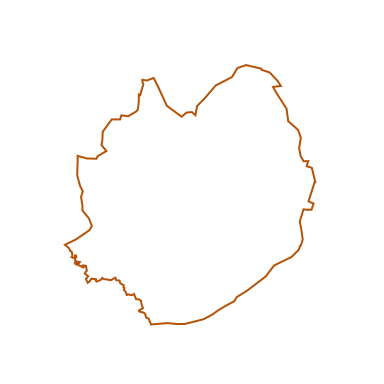 outline of Belleh, Gbapolu, Liberia, rotated 108°
{"feature_id": "62588387B94232483093280", "entity_name": "Belleh", "entity_type": "district", "adm_level": 2, "iso_a3": "LBR", "parent_name": "Liberia", "parent_adm1": "Gbapolu", "projection": "equal_earth", "projection_center": [-9.866, 7.529], "detail": "fine", "context": "isolated", "style": "outline", "palette": "amber", "viewbox_px": 384, "rotation_deg": 108, "n_neighbors": 0, "source": "geoboundaries", "source_scale": "gbopen_adm2", "svg_char_len": 3243}
<svg xmlns="http://www.w3.org/2000/svg" viewBox="0 0 384 384"><g transform="rotate(108 192 192)"><path d="M330.7,189.9L330.2,188.9L328.7,185.3L324.2,174.7L323.2,169.9L322.2,165.4L319.6,157.8L318.4,155.9L315.9,151.9L312.2,146.1L309.1,141.3L302.0,134.6L296.3,130.4L289.7,124.7L288.3,123.3L287.4,122.5L286.8,121.9L282.9,118.0L279.1,117.2L278.1,117.0L274.3,113.7L273.9,113.4L269.5,109.6L254.8,99.4L249.5,95.8L247.9,95.2L236.5,91.2L236.1,90.8L236.1,90.5L234.7,89.4L223.1,77.3L216.8,74.1L216.3,73.8L214.2,72.7L209.7,72.5L209.6,72.2L209.4,72.0L204.2,72.0L203.0,72.0L202.0,72.5L201.6,72.7L198.5,74.2L192.0,77.4L189.4,78.9L188.8,79.2L186.9,80.3L186.2,80.3L184.5,80.4L179.7,80.5L174.2,80.6L174.1,80.3L173.9,80.3L173.8,79.6L173.7,79.2L173.3,76.4L172.9,76.3L172.0,72.9L167.6,72.8L167.0,72.8L165.6,72.8L165.4,72.8L165.2,75.7L164.8,78.3L161.8,78.3L147.0,78.4L144.9,78.5L144.6,77.7L132.0,85.5L132.0,91.0L126.7,91.0L128.3,95.4L124.3,99.8L117.3,103.6L106.7,105.3L100.2,110.3L97.1,117.3L96.4,118.8L94.9,122.4L83.5,127.9L71.1,143.0L67.0,147.4L63.7,140.3L62.4,141.9L60.0,144.7L54.3,155.2L54.3,163.4L53.3,164.3L54.6,179.9L60.2,187.2L70.2,189.4L83.4,202.4L98.1,208.5L108.7,213.7L117.9,212.5L116.0,216.8L118.1,221.7L123.6,225.2L117.8,242.5L101.4,257.7L95.4,263.7L100.0,269.5L100.6,273.8L102.5,273.3L104.4,271.6L109.3,271.4L115.9,271.2L115.7,272.7L122.3,270.6L130.0,269.0L132.5,269.8L139.8,276.3L140.3,279.4L140.9,282.9L145.2,282.8L146.6,287.2L147.7,290.7L151.5,292.0L154.8,293.1L162.2,295.5L170.8,293.2L175.2,292.7L179.5,286.1L185.7,291.5L187.3,292.8L189.9,293.2L192.1,300.7L192.6,302.3L192.7,305.1L193.0,312.0L195.2,311.1L211.7,306.3L217.1,302.8L221.1,300.1L225.2,296.0L230.9,296.0L239.2,291.8L243.4,290.5L249.1,281.7L255.4,276.7L260.1,277.8L273.2,287.9L281.4,296.5L282.0,295.0L283.3,292.0L283.7,291.3L285.6,289.8L285.9,288.0L288.7,286.4L290.7,286.0L291.0,286.2L291.0,285.9L291.3,285.8L291.3,284.3L291.0,283.8L291.0,283.3L290.6,283.1L288.6,283.7L288.2,282.8L289.0,282.2L289.6,281.9L291.2,282.5L293.1,282.1L293.9,279.9L293.5,278.0L293.3,277.0L294.1,277.2L294.7,277.5L294.9,278.5L295.0,279.9L294.5,280.8L294.3,281.3L295.8,281.5L296.6,280.4L296.6,279.2L296.5,278.2L296.8,276.4L296.8,275.2L296.7,274.6L297.1,273.9L297.5,272.5L297.1,271.8L295.5,272.8L295.0,270.4L295.4,270.1L295.3,269.9L295.6,269.8L299.3,267.7L300.1,268.2L302.7,268.8L304.1,265.1L304.2,264.7L306.4,265.6L307.4,266.0L310.6,263.2L309.7,262.5L309.0,261.9L308.0,261.6L305.4,260.8L305.4,260.1L305.4,259.6L304.6,256.4L306.2,256.1L306.6,254.8L305.9,254.0L304.4,252.3L303.9,251.7L301.5,250.8L301.6,250.6L302.2,249.0L301.6,246.8L301.0,242.0L300.9,241.9L297.2,238.5L298.0,237.9L299.3,236.8L298.9,234.8L298.7,233.4L299.5,233.0L299.9,232.7L301.0,232.1L301.6,228.8L301.7,228.2L302.6,228.1L303.4,228.0L304.0,227.0L304.2,226.6L304.5,226.6L306.0,226.6L306.7,225.2L308.2,223.7L310.0,222.4L309.9,222.1L310.0,222.0L309.7,221.6L309.0,220.9L309.0,219.4L309.0,218.6L308.5,217.0L308.1,216.7L306.9,215.6L307.5,215.1L311.1,212.2L310.9,211.0L310.5,209.2L311.1,207.0L314.6,205.2L315.1,204.8L317.5,202.7L320.9,205.7L321.4,205.3L321.6,205.5L321.8,205.0L322.0,204.8L321.9,204.3L321.7,200.4L322.5,198.8L323.6,198.1L325.5,196.9L325.7,195.0L325.8,194.2L327.2,192.9L330.7,189.9Z" fill="none" stroke="#b45309" stroke-width="2"/></g></svg>